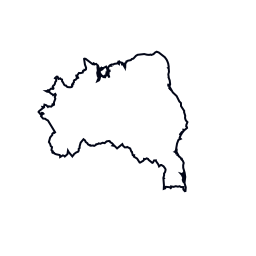 an SVG outline of Brazil, rotated 320°
{"feature_id": "BRA", "entity_name": "Brazil", "entity_type": "country or territory", "adm_level": 0, "iso_a3": "BRA", "parent_name": "South America", "parent_adm1": "", "projection": "natural_earth1", "projection_center": [-55.283, -14.242], "detail": "fine", "context": "isolated", "style": "outline", "palette": "ink", "viewbox_px": 256, "rotation_deg": 320, "n_neighbors": 0, "source": "natural_earth", "source_scale": "50m", "svg_char_len": 5803}
<svg xmlns="http://www.w3.org/2000/svg" viewBox="0 0 256 256"><g transform="rotate(320 128 128)"><path d="M81.0,60.3L83.0,62.3L84.1,62.2L85.5,61.3L86.1,61.9L86.0,62.6L86.3,62.6L87.7,60.8L91.1,58.9L91.8,57.2L94.0,56.2L94.2,55.1L91.7,54.7L91.8,54.0L91.0,51.6L91.0,50.0L89.3,48.1L88.9,47.0L89.7,47.6L91.1,47.6L91.8,48.5L94.4,48.4L95.7,49.9L96.2,49.9L96.5,49.6L96.7,48.1L97.9,47.5L98.8,47.7L100.1,47.3L102.1,45.9L103.2,45.8L104.6,44.3L104.1,42.9L104.5,42.8L106.4,42.8L107.0,43.4L106.4,45.8L108.0,46.5L107.9,47.2L108.6,48.5L107.5,50.0L107.6,51.0L106.9,53.9L107.3,55.3L107.8,55.7L107.8,57.3L108.2,58.0L109.8,59.6L111.2,60.4L112.5,60.0L112.5,59.3L113.2,58.7L114.3,59.0L114.5,58.4L116.0,58.2L116.8,57.1L117.8,56.8L118.8,57.4L120.2,57.1L122.1,57.5L122.3,56.7L121.5,55.8L122.1,54.6L123.0,55.1L125.8,54.3L127.0,55.5L129.0,56.4L130.4,55.3L131.4,55.8L132.0,55.4L132.4,56.0L133.4,56.1L134.6,55.0L135.8,51.7L138.8,46.8L139.1,46.8L140.0,47.8L141.9,56.3L142.3,56.4L142.9,57.6L144.8,58.4L145.0,60.5L143.5,62.0L141.8,64.6L139.8,66.0L138.2,68.9L138.1,70.0L137.4,70.8L137.1,71.6L136.2,71.5L134.6,72.4L136.3,72.8L137.3,72.5L141.2,69.7L141.4,70.1L141.1,70.5L142.0,73.3L143.1,74.4L144.6,73.6L145.6,74.0L147.2,73.2L146.0,77.2L146.6,76.5L147.6,74.0L148.4,73.6L149.5,72.1L150.4,72.6L150.8,72.1L150.4,71.7L150.4,70.6L151.7,68.8L153.8,68.5L154.3,68.9L154.2,68.4L154.9,68.4L156.6,69.0L157.3,69.8L158.8,70.1L161.0,71.5L161.7,71.5L162.2,73.1L163.1,72.0L164.5,73.2L164.3,73.4L164.7,73.2L165.2,74.6L164.3,75.5L164.7,75.9L165.6,75.1L165.8,75.9L165.2,76.1L165.0,76.8L164.5,79.6L165.5,78.4L166.3,76.4L166.8,76.5L166.5,77.9L167.4,76.9L169.2,76.5L169.5,76.0L171.2,76.4L173.8,77.8L175.2,77.6L176.7,78.3L180.5,77.8L182.4,78.1L188.0,81.8L189.6,84.0L191.2,85.6L192.4,86.2L192.8,87.0L195.0,87.8L197.3,87.6L199.0,88.0L200.1,89.9L201.7,97.4L201.5,100.4L201.0,102.3L200.2,104.5L198.6,107.2L197.9,107.9L197.4,107.8L197.5,108.5L195.5,111.3L193.4,112.8L191.8,115.3L191.8,114.7L190.5,118.4L188.4,121.6L187.4,122.1L187.4,121.3L186.7,120.7L186.1,121.4L186.5,121.9L186.2,123.0L185.4,123.9L185.2,124.9L185.6,125.0L185.3,126.9L185.4,127.1L185.7,126.8L185.2,129.5L185.8,134.8L184.4,140.6L184.6,142.9L182.7,145.3L182.0,151.1L181.2,151.8L179.7,155.4L178.2,156.9L177.5,158.4L177.2,159.5L177.3,161.7L174.7,163.1L173.6,164.2L173.7,165.2L173.3,165.9L170.0,165.9L169.3,164.9L169.0,165.2L169.0,166.0L166.5,166.5L166.2,166.3L167.3,166.1L166.6,165.7L163.8,166.3L163.7,167.0L164.0,167.3L161.2,168.7L160.7,169.6L158.8,169.6L155.5,171.5L151.4,175.0L151.7,175.2L151.6,175.6L150.6,176.7L150.6,176.2L149.8,176.1L149.6,176.8L148.6,176.5L148.8,177.0L149.8,177.5L149.3,178.4L148.8,178.6L149.2,179.0L149.0,180.0L148.5,180.4L148.9,181.0L148.7,182.3L149.2,184.5L148.8,186.1L148.9,188.4L148.2,190.6L146.4,191.9L144.7,194.0L142.6,198.7L140.4,202.3L136.3,206.1L136.2,204.8L136.8,205.0L137.6,204.6L139.1,203.3L139.5,201.7L140.2,201.6L140.3,200.8L141.2,199.9L141.1,198.7L141.6,198.7L141.7,197.9L140.0,198.4L139.1,197.0L139.1,197.9L139.6,198.4L139.1,200.1L138.8,199.8L138.3,201.7L136.6,202.9L135.8,205.1L136.0,206.3L134.1,210.6L131.5,213.2L130.9,212.9L130.9,210.7L132.4,208.8L130.7,207.4L130.1,205.8L128.5,205.0L127.2,203.3L125.1,202.4L123.5,200.5L122.8,201.4L122.1,201.5L121.9,200.2L119.1,197.3L118.1,197.4L117.7,198.1L116.3,197.6L118.7,195.0L122.5,189.7L123.2,189.7L123.1,188.9L125.3,187.4L126.3,186.1L128.2,185.5L129.9,184.2L130.4,183.1L130.6,180.2L129.8,177.8L129.3,177.4L127.1,177.4L127.8,175.4L128.2,171.0L128.5,170.7L127.1,169.6L125.0,170.5L124.2,170.3L123.3,165.6L123.5,164.6L122.8,163.3L121.1,162.9L120.4,162.0L119.7,162.7L118.6,162.9L115.1,162.3L114.7,161.9L115.3,157.3L114.1,153.7L115.2,152.8L114.2,151.8L115.7,148.7L115.4,148.2L116.5,145.1L115.2,142.0L114.6,142.0L113.1,140.8L112.8,138.5L113.3,136.7L106.5,136.6L106.2,133.2L104.9,131.5L106.1,131.4L106.0,129.4L105.3,127.5L105.6,126.8L105.2,125.8L103.0,124.5L100.4,124.6L99.1,123.0L96.7,122.3L95.6,120.9L94.5,120.9L93.2,120.0L92.3,120.3L90.5,119.9L90.1,119.0L88.3,117.8L88.0,116.8L87.6,116.9L86.8,114.7L87.1,113.7L86.6,111.4L87.1,109.9L86.7,108.0L82.3,108.8L79.2,110.9L78.1,112.2L76.8,112.3L75.9,113.5L74.7,114.1L72.4,113.4L69.7,113.3L68.3,113.9L67.5,113.3L67.1,113.6L67.1,108.4L67.4,106.8L64.8,109.1L61.3,109.2L61.3,108.5L60.5,107.1L57.4,106.6L58.3,105.4L58.3,104.8L56.1,102.0L55.2,100.2L55.4,99.5L54.3,98.5L54.5,97.8L55.4,97.5L55.1,96.5L55.2,95.7L57.5,93.8L57.2,92.2L58.1,90.2L58.4,87.9L62.3,85.2L65.6,84.6L66.3,83.8L67.8,83.7L68.4,84.4L69.4,84.4L71.5,70.8L70.7,68.9L70.6,67.8L69.0,66.2L69.0,63.1L71.2,62.4L72.4,62.7L72.4,61.8L71.8,61.0L69.8,61.0L69.8,58.2L71.0,57.9L76.1,58.1L75.8,57.6L76.0,56.9L77.0,58.0L79.0,56.4L80.1,58.2L80.2,60.4L81.0,60.3ZM146.0,66.6L147.9,66.3L150.7,66.9L150.0,69.5L149.0,71.0L149.0,71.7L148.2,72.2L147.7,71.8L147.5,72.6L146.5,72.2L146.1,73.1L145.3,73.4L144.3,73.0L142.7,73.4L141.7,71.0L141.8,70.5L142.4,70.4L141.9,70.3L141.6,69.6L142.2,66.8L143.7,66.1L146.0,66.6ZM139.8,70.1L137.3,71.9L138.3,70.3L138.3,69.3L138.8,68.4L139.9,68.0L140.2,68.5L139.8,70.1ZM143.6,64.6L145.7,64.7L144.9,65.7L143.3,65.4L143.6,64.6ZM143.3,64.5L142.9,65.6L142.2,65.4L143.2,63.0L143.3,64.5ZM146.7,66.1L145.7,66.2L145.2,66.0L146.5,65.2L147.0,65.6L146.7,66.1ZM142.1,66.2L141.1,67.0L140.7,66.6L140.8,66.1L141.4,65.8L142.1,65.9L142.1,66.2ZM144.0,63.9L143.6,64.0L143.5,63.4L144.4,62.8L144.0,63.9ZM143.5,57.2L142.9,57.3L142.7,56.3L143.3,56.3L143.5,57.2ZM149.6,185.4L149.1,187.2L149.2,186.2L149.6,185.4ZM161.3,169.3L161.4,170.2L160.7,170.0L161.3,169.3ZM149.1,181.0L148.8,180.5L149.3,180.0L149.1,181.0ZM165.3,78.4L164.9,78.8L165.0,77.7L165.4,77.5L165.3,78.4ZM187.1,122.3L186.4,122.6L186.8,121.8L187.1,122.3ZM165.7,166.7L165.0,167.0L164.8,166.8L165.2,166.4L165.7,166.7ZM185.9,124.1L185.6,124.6L185.4,124.3L185.9,124.1ZM163.9,71.3L163.6,71.7L163.4,71.6L163.5,71.1L163.9,71.3Z" fill="none" stroke="#020617" stroke-width="2"/></g></svg>